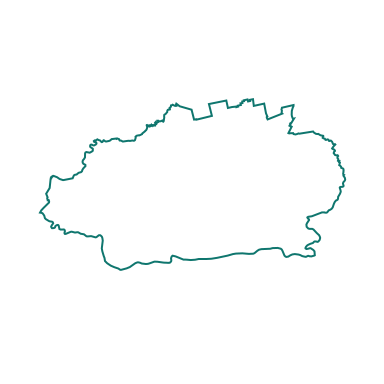 Ignacio de la Llave, Veracruz, Mexico, rotated 77°
{"feature_id": "50627088B21010720100332", "entity_name": "Ignacio de la Llave", "entity_type": "district", "adm_level": 2, "iso_a3": "MEX", "parent_name": "Mexico", "parent_adm1": "Veracruz", "projection": "natural_earth1", "projection_center": [-95.975, 18.656], "detail": "fine", "context": "isolated", "style": "outline", "palette": "teal", "viewbox_px": 384, "rotation_deg": 77, "n_neighbors": 0, "source": "geoboundaries", "source_scale": "gbopen_adm2", "svg_char_len": 5980}
<svg xmlns="http://www.w3.org/2000/svg" viewBox="0 0 384 384"><g transform="rotate(77 192 192)"><path d="M178.0,41.7L177.5,42.0L177.6,43.0L176.9,43.8L174.5,44.2L173.1,45.2L173.2,46.8L172.9,47.1L171.7,47.3L171.2,48.2L171.4,49.6L171.2,50.2L169.9,50.6L169.3,51.8L168.6,52.5L167.5,52.0L167.2,51.5L166.8,51.5L165.6,54.1L163.8,55.9L163.7,56.9L163.1,58.3L161.4,59.9L160.3,60.4L159.4,73.3L159.3,74.4L158.9,75.0L159.3,77.8L159.4,77.7L158.4,80.0L157.4,80.2L156.8,83.3L156.8,84.1L156.3,84.8L150.8,80.2L150.2,80.9L150.2,81.4L149.9,81.6L149.1,81.2L149.0,81.8L147.5,80.5L147.2,80.7L146.9,79.9L147.0,79.6L143.4,76.1L143.4,77.2L140.8,77.6L139.2,77.5L135.4,76.5L132.4,74.8L131.0,73.7L130.1,73.5L130.1,85.4L131.9,86.3L133.0,86.1L135.0,86.9L135.9,86.4L138.3,102.0L135.7,102.6L135.7,102.9L135.4,101.6L132.0,102.2L122.1,101.8L122.0,112.4L115.3,111.7L115.2,114.9L116.4,114.9L116.4,117.0L114.3,117.1L114.3,120.9L115.2,120.9L115.1,122.7L116.7,122.9L116.5,124.8L118.2,124.8L118.2,127.9L119.2,127.9L119.3,129.7L118.7,129.7L118.2,133.9L118.2,138.1L110.6,138.0L110.1,155.7L122.3,155.5L122.5,169.2L122.5,171.4L122.1,171.4L121.9,173.7L111.7,173.9L105.7,184.7L102.4,187.4L103.7,188.3L104.5,188.0L104.5,188.4L104.0,189.6L102.6,191.2L102.9,191.8L102.9,193.0L104.0,193.3L104.5,193.8L104.9,194.9L105.3,195.1L106.3,194.8L106.6,195.0L106.5,197.1L107.3,197.8L108.6,198.2L109.2,199.1L110.0,200.1L110.5,201.6L111.8,202.1L112.9,202.2L116.5,203.6L117.0,204.1L116.6,204.7L115.7,204.8L116.0,206.9L115.7,208.3L115.0,208.7L114.9,209.1L115.9,208.9L116.2,209.1L116.6,211.1L116.3,211.4L115.5,211.4L116.2,212.4L116.5,212.3L116.6,211.6L117.0,211.3L117.5,211.2L117.9,211.6L118.2,213.0L118.9,213.1L118.8,213.5L118.1,213.9L118.7,215.0L118.0,215.1L117.9,215.4L118.5,215.9L118.5,216.2L117.6,216.5L118.4,217.1L118.4,217.4L117.6,217.3L117.5,217.6L118.6,217.9L118.7,218.7L118.5,219.0L117.7,219.0L117.3,219.6L117.5,220.4L117.4,220.6L116.6,220.8L116.6,221.0L117.1,221.2L117.6,221.1L117.8,220.5L118.2,220.4L118.7,221.0L120.3,221.8L121.5,222.8L121.8,223.7L122.2,224.0L123.8,227.3L124.4,227.7L125.0,230.5L124.8,230.9L124.7,233.0L124.9,233.7L125.6,234.7L126.4,234.6L128.6,235.9L128.9,236.5L129.0,237.1L128.4,238.6L128.3,241.0L127.9,241.9L127.7,243.3L127.3,248.0L125.8,249.8L125.7,250.7L125.4,251.0L124.1,251.2L122.9,253.0L123.3,253.7L122.8,254.3L122.4,258.4L123.4,260.2L123.6,261.4L123.5,264.4L123.1,265.1L121.7,266.3L121.9,266.9L122.7,267.5L123.1,268.2L123.1,268.7L122.7,269.1L121.2,269.9L120.3,271.4L119.4,272.4L120.1,274.0L119.8,274.9L120.1,275.9L120.3,276.2L121.2,276.0L122.2,274.2L123.0,274.1L123.5,274.3L124.1,275.1L124.6,276.9L124.3,277.9L123.3,279.0L123.1,279.8L123.5,280.6L124.4,281.0L125.4,280.9L127.3,279.1L127.7,278.9L129.5,279.4L130.1,280.6L130.7,282.8L129.3,286.0L129.6,287.0L130.4,287.5L134.2,288.5L135.5,289.7L136.6,291.2L137.8,291.8L138.9,291.9L139.7,291.6L140.2,291.4L141.5,289.8L142.8,290.0L144.6,292.7L146.0,294.0L146.9,294.4L147.5,295.2L147.7,295.7L147.8,298.2L149.0,300.5L148.9,302.5L149.2,303.2L149.7,303.7L151.8,305.2L151.5,313.9L151.4,315.0L149.5,318.1L147.2,320.2L145.2,323.2L145.0,323.7L145.2,324.4L145.8,324.6L146.0,325.2L145.7,325.6L146.0,326.1L146.6,325.9L147.2,326.1L147.4,326.8L156.1,329.8L160.9,334.5L164.7,333.9L165.4,334.5L167.6,334.5L167.6,333.5L168.9,333.3L170.1,333.7L174.1,340.2L176.0,343.0L177.9,344.7L178.6,343.0L179.3,342.3L181.7,341.3L184.4,341.2L185.6,340.5L188.4,337.6L189.5,335.0L190.2,334.4L191.3,334.3L192.9,336.1L194.2,337.1L195.7,336.6L196.0,335.6L196.0,334.1L195.7,333.5L194.4,332.7L193.9,331.4L193.9,330.1L194.1,329.8L194.7,329.5L198.3,329.5L199.1,328.3L199.7,325.2L200.3,324.7L201.5,324.6L203.0,325.4L203.8,325.5L204.3,325.2L204.4,324.4L203.5,319.0L203.7,318.0L205.2,315.1L205.4,312.8L205.7,311.9L207.6,309.9L208.9,306.8L211.4,304.8L211.8,303.7L212.3,300.2L214.5,296.2L214.5,295.3L213.2,292.5L213.4,291.3L214.1,290.6L215.2,289.9L216.8,289.7L219.3,289.9L226.7,292.6L229.8,292.7L234.6,292.4L236.5,292.1L239.7,292.3L242.3,290.7L245.5,287.7L247.8,284.6L250.0,281.0L251.7,279.4L251.9,278.4L251.7,272.8L251.3,270.5L251.2,269.6L248.6,263.2L248.3,261.1L248.4,260.3L249.2,258.6L250.4,257.0L251.8,253.1L252.1,251.0L252.0,249.5L251.4,244.4L252.1,241.6L254.4,235.6L255.8,230.6L255.9,229.5L255.0,228.0L253.9,227.5L252.1,227.4L251.0,226.8L250.2,226.2L249.7,225.2L251.1,222.4L255.9,215.6L256.7,212.5L258.0,208.6L258.7,204.2L258.8,200.4L260.4,193.7L261.4,188.1L261.8,182.3L262.0,171.5L261.7,166.1L261.9,163.0L263.1,156.7L265.1,150.5L265.9,146.1L265.6,144.8L263.9,141.4L263.3,139.6L263.3,137.2L264.9,128.5L264.8,126.1L265.8,121.0L267.2,118.3L268.2,117.5L269.6,117.1L274.8,116.2L276.0,115.4L276.5,114.6L276.6,112.7L275.8,110.4L275.4,108.3L275.6,105.8L276.9,102.3L277.8,100.7L279.2,99.1L280.2,97.1L280.8,95.6L280.3,93.2L281.2,91.6L281.6,90.1L281.5,87.4L281.3,86.6L277.4,86.0L275.8,86.8L273.5,89.0L273.3,89.5L273.4,91.9L273.3,93.3L272.5,94.1L272.0,94.0L271.1,93.3L270.1,92.0L269.6,90.7L269.1,88.3L268.9,85.7L267.9,84.2L267.8,83.7L268.1,82.3L268.8,81.0L268.7,80.1L267.4,78.4L265.7,77.5L264.9,77.4L262.8,77.8L260.0,79.7L255.8,82.1L254.9,83.3L254.5,85.3L254.1,86.3L253.6,87.0L251.7,88.1L249.6,87.9L248.4,87.1L245.6,84.2L244.9,84.2L243.8,85.1L242.7,85.3L242.3,84.4L242.6,80.7L241.1,69.9L241.7,67.5L242.1,67.0L242.4,65.6L242.2,64.8L240.6,62.8L240.5,61.8L239.9,59.9L238.7,58.4L235.3,56.3L233.9,55.2L232.7,53.7L232.5,52.6L232.1,51.7L231.0,51.1L229.6,50.7L227.0,48.2L225.2,47.0L223.8,46.9L221.1,47.1L220.6,46.7L220.5,45.8L220.8,44.3L220.6,43.3L220.1,42.9L217.7,43.0L216.6,42.4L215.3,40.6L214.8,40.2L214.1,39.9L212.4,39.9L210.2,40.8L209.8,40.7L209.5,40.1L209.0,40.6L208.6,40.6L207.8,40.5L206.4,39.8L205.7,39.8L205.0,39.4L203.7,39.3L203.1,39.6L202.0,41.2L201.1,41.0L199.9,41.6L199.0,42.5L196.6,41.3L196.0,42.0L195.0,41.5L194.9,42.4L194.4,42.8L193.3,42.1L192.8,42.1L191.9,42.6L191.3,42.6L190.3,42.1L189.8,41.5L189.3,41.6L188.9,41.9L188.9,42.8L188.1,44.3L186.0,45.2L185.2,44.8L184.5,44.2L184.3,43.6L183.7,43.4L182.6,44.0L181.5,45.5L181.1,45.7L179.2,43.6L178.0,41.7Z" fill="none" stroke="#0f766e" stroke-width="2"/></g></svg>